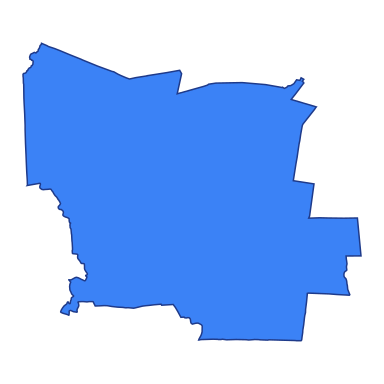 Stolnici, Arges, Romania (Albers equal-area conic projection)
{"feature_id": "2599482B48511043053031", "entity_name": "Stolnici", "entity_type": "district", "adm_level": 2, "iso_a3": "ROU", "parent_name": "Romania", "parent_adm1": "Arges", "projection": "albers", "projection_center": [24.745, 44.58], "detail": "fine", "context": "isolated", "style": "filled", "palette": "blue", "viewbox_px": 384, "rotation_deg": 0, "n_neighbors": 0, "source": "geoboundaries", "source_scale": "gbopen_adm2", "svg_char_len": 5638}
<svg xmlns="http://www.w3.org/2000/svg" viewBox="0 0 384 384"><path d="M349.8,294.7L347.7,289.3L347.4,285.8L346.9,283.5L346.8,282.0L346.5,280.3L345.9,278.7L344.7,277.5L344.1,276.6L344.0,276.0L343.9,274.7L344.0,273.7L344.2,272.9L344.6,272.0L345.2,271.4L346.4,270.6L346.7,270.3L346.8,269.7L346.5,267.6L346.5,266.2L347.0,263.9L346.5,260.0L346.4,259.7L346.3,258.8L346.1,256.0L361.0,255.9L357.4,218.0L343.8,218.2L328.1,218.0L319.6,217.8L311.0,218.1L308.7,218.1L309.6,216.0L314.0,183.9L293.3,180.7L296.0,163.5L297.1,157.4L298.0,151.2L299.1,143.8L299.8,140.6L300.7,134.3L302.2,126.1L302.5,125.0L303.1,123.9L314.6,109.3L315.8,107.5L316.3,106.9L291.2,99.5L292.3,98.0L295.5,94.0L303.2,83.8L303.7,83.4L303.8,82.9L303.6,82.4L302.3,81.3L303.8,79.3L303.5,79.1L301.1,77.8L299.9,80.4L296.6,79.8L293.9,83.7L290.8,85.6L288.0,85.9L286.7,87.3L284.4,88.4L282.5,87.2L282.1,87.5L265.6,84.6L242.2,82.6L215.9,83.1L208.6,84.2L207.5,85.1L203.6,86.4L177.2,93.8L181.6,73.7L179.7,70.3L166.9,72.6L149.7,75.3L147.2,75.7L147.2,75.8L146.9,75.9L144.2,76.3L135.9,77.6L129.5,79.0L126.4,77.9L121.0,75.6L118.0,74.2L113.8,71.8L112.0,71.4L97.6,66.1L82.4,59.9L81.2,59.3L69.2,54.5L60.1,50.7L54.5,48.5L48.4,46.5L46.9,45.6L41.5,43.3L41.4,43.9L41.3,44.4L41.1,44.7L40.6,45.0L40.1,45.6L39.9,46.1L39.8,46.9L39.5,47.5L39.3,48.3L38.6,49.1L38.3,49.6L38.2,50.0L38.2,50.8L38.0,51.2L37.4,51.6L37.0,51.8L36.4,52.6L36.0,52.9L35.5,52.9L34.6,52.4L33.8,52.6L33.1,53.1L32.7,53.2L32.2,53.5L31.2,53.9L30.8,54.2L30.5,54.6L29.9,56.1L29.6,57.1L29.7,57.8L29.9,58.4L29.9,59.2L30.1,59.3L30.5,59.2L30.7,59.3L31.6,59.9L31.6,60.2L31.7,60.3L32.2,60.5L32.6,60.5L32.8,60.7L33.1,61.2L33.2,61.8L33.1,62.3L32.9,63.1L33.0,63.8L32.9,64.3L32.4,64.9L32.2,65.5L31.4,65.8L31.2,66.0L31.1,66.7L30.6,67.5L29.5,67.9L28.9,68.3L28.4,69.1L28.0,69.4L27.9,70.1L27.6,70.5L27.4,70.7L26.8,70.9L26.7,71.5L26.4,72.0L26.0,72.7L24.8,73.3L23.8,73.4L23.6,73.6L23.4,73.8L23.1,74.1L23.0,74.5L23.1,75.4L23.0,75.9L23.2,77.3L23.3,78.6L23.4,82.9L23.5,83.6L23.7,84.2L23.9,98.0L24.1,102.8L24.7,114.2L25.1,125.3L25.1,129.7L25.5,143.3L26.0,154.5L26.3,162.2L26.7,171.3L27.3,181.0L27.4,185.2L27.2,185.5L39.7,183.3L40.1,183.4L40.3,183.5L40.4,184.0L40.4,184.5L39.9,186.2L39.8,187.1L40.0,187.9L40.4,188.4L41.7,189.3L42.1,189.5L43.1,189.6L43.6,189.7L44.7,189.5L48.0,189.3L49.4,189.1L50.2,189.1L51.1,189.4L51.8,190.6L52.7,191.7L53.1,192.3L53.7,193.5L53.9,193.8L54.6,194.9L55.3,195.8L56.4,196.8L56.9,197.4L57.2,197.9L57.8,198.8L58.0,199.4L58.7,200.1L59.0,200.6L59.9,202.1L60.1,202.7L60.5,203.4L60.3,204.1L59.5,205.3L58.5,206.3L58.3,206.6L58.2,207.4L58.3,207.9L58.5,208.4L58.8,208.8L59.5,209.3L60.1,209.5L61.3,209.5L61.6,209.7L62.2,210.4L62.8,210.9L63.2,211.3L63.3,211.8L63.4,212.6L62.9,214.7L62.9,215.0L63.1,215.5L64.0,216.3L64.8,216.7L66.0,217.2L66.9,217.4L68.5,218.2L68.9,218.5L69.1,218.7L69.2,221.1L69.5,222.3L69.7,222.6L70.5,223.0L70.5,223.4L70.2,223.6L70.0,223.9L70.1,224.7L70.0,224.9L69.9,225.2L70.1,225.8L70.1,227.2L70.2,227.7L70.5,228.3L70.9,228.9L71.0,229.3L71.4,233.7L71.7,235.0L71.7,235.8L71.8,237.7L72.0,241.2L72.2,242.6L72.5,248.1L72.5,249.9L72.2,250.8L72.3,251.8L72.4,253.2L72.5,253.4L72.7,253.6L73.2,253.7L76.8,254.1L77.3,254.3L77.7,254.7L77.8,255.1L77.6,256.6L77.6,257.5L77.8,258.3L78.2,259.0L79.9,261.1L81.1,263.2L81.7,263.5L82.7,263.5L83.6,263.6L83.9,263.7L84.3,264.0L84.4,264.6L84.5,266.1L84.5,268.4L84.6,269.0L84.8,269.6L85.1,270.2L85.8,271.4L87.0,273.1L87.3,273.7L87.4,274.1L87.3,274.3L87.0,274.8L86.7,275.0L85.8,275.3L85.7,275.5L85.7,275.8L85.8,276.0L86.8,276.7L86.9,276.9L86.9,277.2L86.6,278.0L85.6,280.1L85.3,280.5L84.9,280.8L84.4,280.7L83.8,280.5L82.5,279.8L81.2,279.3L80.0,278.6L78.3,277.8L76.6,277.3L75.9,277.4L75.0,277.7L71.4,279.7L70.5,279.9L68.9,279.8L68.9,280.0L70.7,282.1L69.9,284.4L69.7,285.8L69.6,286.7L69.7,287.5L69.9,289.7L70.0,290.2L71.1,292.5L71.4,293.3L71.8,294.1L72.3,294.7L73.5,295.7L73.6,296.0L73.5,296.3L73.3,296.5L71.7,297.6L71.3,298.1L71.2,299.5L70.6,300.9L70.4,301.8L70.3,303.0L70.1,303.5L69.6,303.7L69.1,303.5L68.8,303.1L68.3,302.2L68.0,301.9L67.5,302.1L67.3,302.4L66.9,303.5L66.7,303.9L66.5,304.1L64.2,305.8L62.8,307.6L61.6,309.5L61.3,310.1L60.7,311.6L60.7,312.0L61.0,312.4L63.1,313.3L66.2,314.2L68.0,314.8L68.5,315.1L68.8,315.2L69.0,314.9L69.2,312.9L69.2,312.1L69.1,311.5L69.2,311.1L69.4,310.8L70.2,310.5L70.9,310.5L72.7,311.4L73.5,311.7L76.9,312.2L77.1,312.0L77.2,311.8L77.0,310.2L77.0,309.8L77.5,308.5L78.5,306.6L78.8,305.6L78.7,304.3L78.5,303.4L78.0,302.3L78.1,302.0L78.5,301.8L81.4,301.6L83.5,301.6L87.0,301.9L89.2,301.6L92.8,301.6L93.2,301.8L93.3,302.1L95.2,306.0L100.5,305.8L104.1,305.6L107.3,305.7L111.9,306.5L117.4,307.1L122.9,307.4L125.5,307.8L128.3,307.7L133.6,308.2L135.2,307.9L142.6,306.1L145.8,305.7L149.0,305.4L154.0,304.8L161.1,304.2L161.6,305.2L173.2,304.5L175.4,307.5L177.7,311.4L180.9,317.3L184.0,317.1L184.1,317.3L184.8,317.8L185.7,317.9L186.8,317.9L187.7,317.6L188.6,317.7L189.4,317.9L189.9,318.5L190.3,319.1L190.5,320.3L190.7,321.9L191.0,323.0L192.0,323.9L192.4,324.1L195.1,323.4L196.2,323.2L197.4,323.1L198.3,323.2L199.4,323.7L201.4,324.8L201.9,325.4L202.2,326.1L202.1,331.8L201.5,334.1L200.9,335.6L199.1,338.9L198.7,340.0L199.7,339.9L200.7,339.6L213.1,339.2L216.2,339.3L217.5,339.3L218.3,339.5L221.0,339.5L222.4,339.2L226.5,339.8L236.1,339.5L246.3,339.7L248.6,340.0L253.8,339.6L254.4,339.5L258.5,339.6L260.0,339.8L264.5,340.0L268.0,340.1L268.7,339.8L294.3,340.5L296.0,340.6L296.4,340.7L301.1,340.7L301.3,340.5L301.6,340.1L301.7,339.8L302.1,336.5L302.7,332.6L302.8,330.3L303.7,324.7L304.5,317.4L304.8,315.4L305.5,312.6L305.6,309.3L306.5,302.3L307.3,294.1L307.3,293.4L308.4,293.1L329.1,293.9L336.7,294.5L349.4,295.2L349.8,294.7Z" fill="#3b82f6" stroke="#1e3a8a" stroke-width="1.5"/></svg>